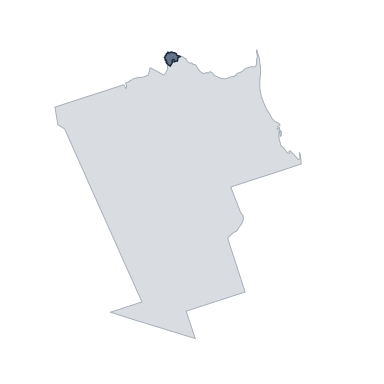 Ghabou, Guidimaka, Mauritania shown in context, rotated 162°
{"feature_id": "47542326B82257373833544", "entity_name": "Ghabou", "entity_type": "district", "adm_level": 2, "iso_a3": "MRT", "parent_name": "Mauritania", "parent_adm1": "Guidimaka", "projection": "natural_earth1", "projection_center": [-12.146, 15.031], "detail": "fine", "context": "in_parent", "style": "filled", "palette": "slate", "viewbox_px": 384, "rotation_deg": 162, "n_neighbors": 0, "source": "geoboundaries", "source_scale": "gbopen_adm2", "svg_char_len": 4321}
<svg xmlns="http://www.w3.org/2000/svg" viewBox="0 0 384 384"><g transform="rotate(162 192 192)"><path d="M167.4,330.4L167.0,330.3L165.0,328.6L164.0,326.7L162.4,325.3L160.2,324.3L158.8,323.2L158.1,322.0L157.3,321.2L156.4,320.8L156.4,320.3L156.6,319.7L156.4,318.6L155.1,316.1L153.9,314.9L152.8,315.1L152.3,314.8L151.9,314.2L151.8,313.4L151.1,312.7L149.8,312.4L148.9,310.6L148.1,307.1L147.2,304.5L146.0,302.5L145.2,301.8L144.5,301.7L144.3,301.4L144.2,300.9L143.2,300.7L141.9,301.2L140.8,301.0L140.2,300.1L139.4,300.0L138.4,300.8L137.3,300.6L136.1,299.3L135.4,298.1L135.3,296.9L133.2,294.5L129.1,290.9L124.7,289.2L119.9,289.5L117.2,289.3L116.6,288.7L116.0,288.8L115.4,289.4L114.8,289.6L114.1,289.2L113.7,289.5L113.5,290.4L111.8,290.9L108.6,290.9L106.0,291.5L104.1,292.6L101.3,293.0L97.6,292.9L95.5,292.5L94.7,291.8L93.7,291.7L92.3,292.0L91.1,293.8L90.0,297.0L89.2,298.9L88.5,299.3L87.7,301.7L87.3,305.7L86.6,307.5L86.7,297.5L87.7,293.7L88.1,290.4L90.3,283.2L93.0,277.3L95.5,269.4L96.5,261.7L96.2,254.3L95.5,247.6L94.3,243.2L93.1,236.8L91.4,233.5L88.2,230.5L87.5,228.8L88.3,228.2L90.2,227.7L91.5,225.5L88.8,226.3L91.9,219.3L92.9,214.5L92.8,211.4L93.4,209.5L91.1,205.3L89.3,200.0L88.4,199.2L87.4,198.7L87.3,200.0L86.8,201.1L85.7,200.4L83.7,196.6L81.0,190.3L80.0,189.7L79.2,190.5L78.7,191.3L77.7,196.6L77.4,194.5L77.8,192.0L78.5,189.0L79.4,184.9L81.8,184.9L86.1,184.9L94.7,184.8L99.0,184.8L107.6,184.8L112.0,184.8L120.6,184.8L124.9,184.8L133.5,184.8L137.8,184.8L146.5,184.8L150.8,184.8L153.6,184.8L153.5,181.8L153.3,179.4L153.2,176.3L153.0,173.1L152.8,170.0L152.6,167.0L152.5,164.0L152.3,161.3L152.2,158.8L152.0,157.3L151.0,154.5L150.9,153.0L151.1,151.5L151.7,150.1L153.4,147.5L155.9,145.5L158.9,143.2L161.1,141.4L162.2,141.0L165.7,140.4L168.5,139.1L171.2,137.8L172.3,137.0L172.4,134.6L172.4,80.5L185.6,80.5L189.1,80.5L213.3,80.5L216.8,80.5L234.4,80.5L234.4,77.9L234.4,74.3L234.4,69.2L234.3,64.2L234.2,55.3L234.2,51.6L237.7,54.1L244.7,59.0L248.2,61.5L255.3,66.4L262.3,71.4L269.4,76.3L272.9,78.8L276.4,81.3L279.9,83.8L283.5,86.2L290.5,91.2L293.5,93.3L298.1,96.6L302.3,99.7L306.6,102.9L300.1,102.9L291.3,102.9L285.4,102.9L279.3,102.9L273.5,102.9L274.1,108.0L274.7,113.5L275.3,119.1L275.9,124.7L276.5,130.2L278.3,146.9L278.9,152.5L279.5,158.0L280.0,163.6L280.6,169.2L281.8,180.3L282.4,185.8L283.0,191.4L283.6,197.0L284.2,202.5L284.8,208.1L286.0,219.2L286.6,224.7L287.2,230.3L287.8,235.8L288.3,241.4L288.9,247.0L289.5,252.5L290.1,258.1L291.3,269.2L291.9,274.7L292.5,280.3L293.1,285.8L293.6,291.2L295.9,294.0L298.8,297.6L298.0,302.6L297.1,308.6L296.1,315.1L288.2,315.1L280.4,315.1L261.0,315.1L257.2,315.1L237.8,315.1L233.9,315.1L226.4,315.1L224.2,315.0L223.4,314.4L223.1,311.1L222.4,311.3L221.7,312.3L221.3,313.4L221.4,314.8L221.3,316.0L218.8,316.4L215.4,317.2L211.9,317.8L208.3,317.6L207.1,317.3L205.8,316.9L202.9,316.4L201.4,316.4L199.6,316.5L197.5,316.7L196.9,317.4L195.3,319.9L193.8,322.8L192.8,322.8L191.6,321.2L188.6,318.2L184.8,314.2L183.1,312.2L182.2,312.0L180.4,313.4L178.9,314.8L177.3,316.7L176.6,318.5L176.0,320.7L175.8,323.3L175.2,326.3L173.9,328.7L172.4,330.5L171.2,331.4L170.8,331.8L167.4,330.4ZM90.2,221.1L89.0,223.3L88.5,222.5L88.3,221.0L89.4,219.0L89.9,217.9L90.8,217.6L90.2,221.1Z" fill="#d9dde1" stroke="#a8b0b8" stroke-width="1"/><path d="M173.7,318.5L172.6,319.5L171.3,320.7L170.1,321.7L170.2,321.9L170.3,322.2L170.4,322.3L170.4,322.7L170.4,322.9L170.3,323.1L170.2,323.3L170.1,323.5L169.9,323.6L169.6,323.8L169.4,323.9L169.2,323.8L168.8,323.7L168.5,323.5L168.4,323.3L168.3,323.1L168.2,322.6L168.2,322.3L168.3,322.3L168.4,322.0L168.5,321.8L168.6,321.7L168.8,321.5L168.7,321.3L168.2,321.3L167.8,321.3L167.5,321.4L166.5,321.4L165.4,321.0L164.0,324.0L161.4,324.4L161.5,324.6L161.8,324.9L161.9,325.0L162.1,325.2L162.2,325.3L162.3,325.5L163.6,326.0L164.1,326.6L164.3,328.3L165.3,329.6L166.0,329.9L166.5,330.0L167.1,330.6L167.5,331.0L168.0,331.3L168.7,331.6L168.9,331.5L169.3,331.5L169.7,331.3L170.2,331.1L170.7,331.7L171.8,332.4L172.1,332.1L172.1,331.7L172.1,331.4L173.1,331.5L173.7,331.3L174.0,330.9L174.1,330.2L174.9,330.0L175.4,329.6L175.6,329.4L176.1,328.8L176.6,328.5L176.3,327.6L176.7,325.8L176.5,325.2L175.8,325.3L176.0,324.4L175.8,324.1L175.8,323.9L176.3,323.3L176.5,323.1L176.3,322.8L175.9,322.5L175.9,322.0L176.1,321.9L174.5,319.3L173.7,318.5Z" fill="#64748b" stroke="#1e293b" stroke-width="1.5"/></g></svg>